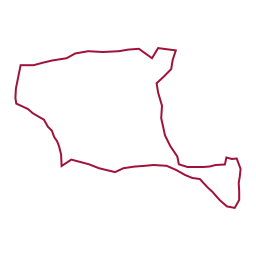 Peristerona Ammochostou, Cyprus
{"feature_id": "46923920B99720560567436", "entity_name": "Peristerona Ammochostou", "entity_type": "district", "adm_level": 2, "iso_a3": "CYP", "parent_name": "Cyprus", "parent_adm1": "", "projection": "natural_earth1", "projection_center": [33.768, 35.199], "detail": "fine", "context": "isolated", "style": "outline", "palette": "rose", "viewbox_px": 256, "rotation_deg": 0, "n_neighbors": 0, "source": "geoboundaries", "source_scale": "gbopen_adm2", "svg_char_len": 968}
<svg xmlns="http://www.w3.org/2000/svg" viewBox="0 0 256 256"><path d="M15.9,88.6L15.4,98.1L16.3,103.6L28.1,109.1L32.6,113.1L38.5,116.6L43.9,119.6L47.8,126.6L51.8,130.6L54.2,137.0L57.2,141.5L59.1,146.5L61.1,154.5L61.6,166.0L71.3,159.6L89.0,164.3L98.9,168.2L115.1,172.1L123.5,168.2L134.3,166.6L145.1,165.8L153.5,165.0L166.6,165.8L176.2,170.0L185.1,175.0L192.4,178.0L199.8,179.0L207.7,187.5L212.6,192.0L216.5,196.5L220.0,200.4L226.9,206.4L234.7,207.9L239.2,199.9L239.2,191.5L238.7,183.0L239.7,177.0L240.6,169.0L236.7,158.5L231.8,159.0L226.4,157.5L224.9,164.5L215.6,165.0L209.7,166.5L203.3,167.0L196.4,167.0L187.5,167.0L178.9,164.3L177.3,156.5L170.4,146.3L165.0,135.4L162.2,122.6L161.2,118.2L162.0,105.8L158.1,92.5L156.6,83.2L163.5,76.9L171.2,69.1L172.7,59.8L175.8,50.4L158.1,48.1L152.0,58.2L138.9,48.8L128.2,49.6L118.9,51.2L102.8,52.0L88.2,51.2L75.1,53.5L66.7,58.2L52.1,60.5L42.1,62.9L33.6,65.2L20.6,65.2L15.9,88.6Z" fill="none" stroke="#9f1239" stroke-width="2"/></svg>